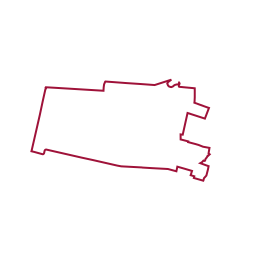 the district of Tia Mare, Olt, Romania, rotated 29°
{"feature_id": "2599482B77725047520626", "entity_name": "Tia Mare", "entity_type": "district", "adm_level": 2, "iso_a3": "ROU", "parent_name": "Romania", "parent_adm1": "Olt", "projection": "mercator", "projection_center": [24.632, 43.857], "detail": "fine", "context": "isolated", "style": "outline", "palette": "rose", "viewbox_px": 256, "rotation_deg": 29, "n_neighbors": 0, "source": "geoboundaries", "source_scale": "gbopen_adm2", "svg_char_len": 1653}
<svg xmlns="http://www.w3.org/2000/svg" viewBox="0 0 256 256"><g transform="rotate(29 128 128)"><path d="M219.4,137.4L219.1,136.3L218.8,135.1L219.6,131.6L218.0,125.4L217.0,122.3L214.1,122.8L208.3,123.7L209.3,122.1L209.8,119.9L211.0,119.6L211.2,119.2L210.8,117.2L211.1,116.1L211.2,115.0L211.1,113.7L211.5,113.6L212.2,111.4L210.8,111.2L208.9,105.9L202.7,108.0L198.0,108.6L194.9,109.3L187.4,111.2L187.2,110.5L181.0,112.1L179.6,112.5L177.1,108.1L179.1,107.3L172.8,86.0L185.0,83.6L190.7,82.5L189.1,71.2L187.5,71.5L184.5,72.0L173.8,73.7L173.3,72.4L171.4,68.6L167.4,61.4L167.1,60.9L164.1,62.2L157.3,65.2L152.9,67.1L152.5,67.1L152.2,66.8L151.9,66.2L151.5,65.7L151.7,64.5L151.4,63.9L150.7,63.6L150.7,63.9L151.0,64.3L151.2,64.8L151.0,65.4L150.8,65.5L149.6,66.2L148.2,67.5L147.6,68.5L147.3,69.6L146.2,71.1L145.4,71.5L143.7,71.8L142.4,71.4L140.8,70.1L140.8,68.4L142.5,64.7L130.5,77.5L118.4,83.1L104.8,89.5L85.7,98.3L85.6,98.5L85.8,100.2L85.8,100.6L86.0,101.7L86.3,102.4L87.0,104.2L88.5,107.3L44.5,128.3L36.4,132.2L36.4,132.4L36.8,132.4L37.0,132.5L37.1,133.0L37.1,133.5L36.9,133.9L37.4,135.6L40.6,146.5L40.7,146.8L42.6,153.0L44.5,159.2L48.6,173.4L54.5,193.9L54.7,194.7L54.8,194.8L55.0,194.9L55.0,195.1L57.5,194.4L65.4,192.5L66.1,192.3L66.3,192.1L66.6,191.9L66.7,191.6L66.8,191.1L66.8,190.7L66.6,190.0L66.1,188.3L66.1,187.9L66.1,187.6L66.3,187.1L66.5,186.8L66.9,186.5L102.1,176.3L113.0,173.0L136.8,166.1L140.7,164.8L159.4,155.7L159.6,155.7L168.6,151.4L182.8,144.5L191.3,142.4L190.5,139.8L189.9,137.9L195.5,136.6L197.2,136.2L204.8,134.5L205.7,138.9L209.4,138.1L209.8,139.8L215.8,138.4L219.4,137.6L219.4,137.4Z" fill="none" stroke="#9f1239" stroke-width="2"/></g></svg>